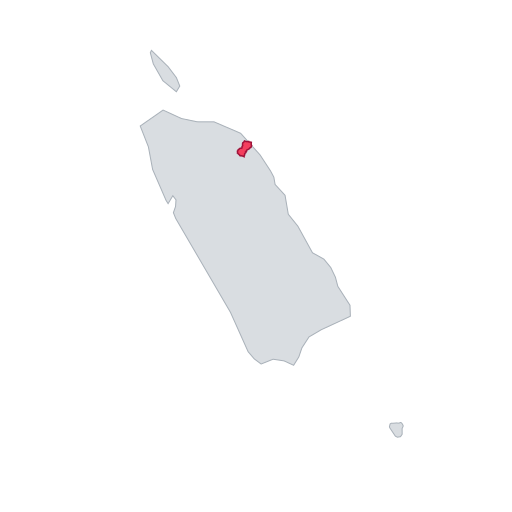 Arroyo, Puerto Rico (highlighted), rotated 238°
{"feature_id": "32010507B29338824934020", "entity_name": "Arroyo", "entity_type": "district", "adm_level": 2, "iso_a3": "PRI", "parent_name": "Puerto Rico", "parent_adm1": "", "projection": "robinson", "projection_center": [-66.058, 17.997], "detail": "fine", "context": "in_parent", "style": "filled", "palette": "rose", "viewbox_px": 512, "rotation_deg": 238, "n_neighbors": 0, "source": "geoboundaries", "source_scale": "gbopen_adm2", "svg_char_len": 2064}
<svg xmlns="http://www.w3.org/2000/svg" viewBox="0 0 512 512"><g transform="rotate(238 256 256)"><path d="M340.6,214.0L346.0,217.9L351.2,217.4L347.0,209.2L350.9,209.2L384.2,214.2L405.6,222.6L427.6,226.7L429.0,254.5L412.1,265.6L401.0,277.2L392.0,291.5L368.2,308.0L339.6,313.0L320.5,313.4L313.4,312.9L306.5,310.1L292.1,312.8L274.3,305.5L259.0,307.3L228.8,305.6L217.4,311.9L206.6,313.3L195.9,312.1L186.9,309.3L164.4,309.6L154.9,304.1L158.9,272.4L159.3,258.1L153.8,246.3L147.7,238.8L143.4,230.0L152.2,224.2L159.4,215.8L161.7,203.1L169.7,200.0L179.0,198.6L221.8,204.5L330.3,207.8L336.5,208.9L340.6,214.0ZM463.0,281.8L449.4,283.0L440.5,281.4L437.5,275.5L454.0,269.9L473.3,270.7L484.4,274.1L485.8,276.3L463.0,281.8ZM37.5,290.9L35.8,291.1L34.2,290.9L33.5,290.4L32.3,288.5L27.4,285.5L26.2,282.8L27.4,279.9L29.4,278.7L39.5,278.4L40.5,278.7L42.5,280.7L42.5,282.1L41.6,283.5L39.8,287.0L39.0,287.9L38.5,288.8L38.2,290.4L37.5,290.9Z" fill="#d9dde1" stroke="#a8b0b8" stroke-width="1"/><path d="M351.0,309.7L351.3,309.9L351.5,310.0L351.7,310.3L351.9,310.6L352.0,310.7L352.0,310.8L352.9,311.0L353.0,311.0L353.3,311.2L354.2,311.7L354.6,312.1L354.9,312.3L355.5,311.7L355.7,311.4L356.1,310.8L356.5,310.4L356.9,310.6L357.0,310.6L357.4,309.6L358.0,308.7L359.1,307.6L359.7,307.2L359.3,306.4L359.0,305.9L359.0,304.8L358.5,304.3L358.3,304.0L357.7,303.7L357.0,303.2L356.6,303.2L356.4,302.8L356.3,302.4L356.2,302.1L355.4,301.6L355.0,301.1L355.2,300.7L355.8,299.6L355.7,298.5L355.5,298.3L355.6,297.9L355.5,297.0L355.1,296.6L354.8,296.2L354.8,295.8L354.4,295.7L354.2,295.5L353.7,295.4L353.2,294.8L352.7,295.0L351.9,295.1L351.4,295.3L350.2,295.6L349.7,295.5L349.3,296.1L348.8,296.3L348.8,296.7L348.2,297.4L347.8,297.7L347.6,298.0L347.3,297.9L346.6,298.5L347.2,298.7L347.2,299.3L347.8,299.9L348.2,300.3L348.5,300.3L348.9,300.9L349.0,302.0L349.3,302.5L349.7,302.9L349.9,302.8L349.9,303.3L350.0,303.7L350.4,303.7L350.7,304.2L350.7,304.5L350.7,305.0L350.6,305.5L350.5,307.1L351.0,308.1L350.9,308.4L350.8,308.7L350.8,309.1L351.0,309.7Z" fill="#f43f5e" stroke="#9f1239" stroke-width="1.5"/></g></svg>